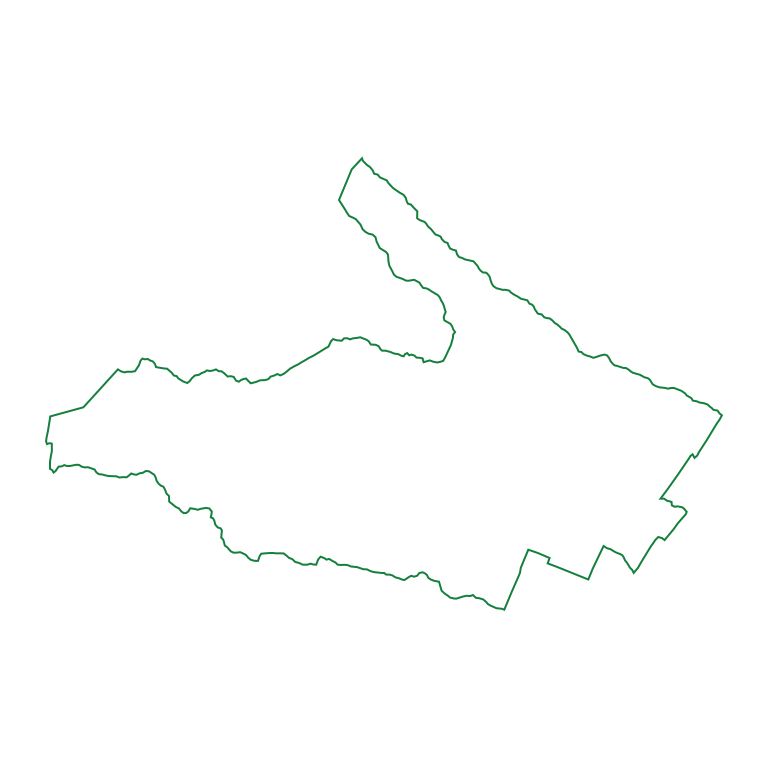 Githunguri, Central, Kenya
{"feature_id": "3690345B4833769757076", "entity_name": "Githunguri", "entity_type": "district", "adm_level": 2, "iso_a3": "KEN", "parent_name": "Kenya", "parent_adm1": "Central", "projection": "albers", "projection_center": [36.787, -1.05], "detail": "fine", "context": "isolated", "style": "outline", "palette": "green", "viewbox_px": 768, "rotation_deg": 0, "n_neighbors": 0, "source": "geoboundaries", "source_scale": "gbopen_adm2", "svg_char_len": 6100}
<svg xmlns="http://www.w3.org/2000/svg" viewBox="0 0 768 768"><path d="M351.7,169.4L339.0,200.0L344.8,209.1L346.8,212.5L349.2,216.0L352.4,217.4L355.8,219.1L360.5,224.6L362.6,229.2L365.3,231.8L368.6,233.7L372.6,234.6L375.5,237.2L376.6,241.6L379.7,248.0L386.2,252.1L388.0,254.7L388.5,261.8L389.4,265.8L392.3,271.2L393.9,274.6L396.5,276.8L403.1,279.1L405.6,280.5L408.2,280.8L414.2,279.8L419.4,282.6L421.1,285.3L423.1,287.9L426.5,288.4L428.7,289.4L431.4,291.3L437.9,295.1L439.8,297.5L441.1,300.4L442.6,302.8L443.9,305.8L444.9,309.6L445.7,312.0L444.3,315.1L443.7,317.4L444.4,320.4L450.4,323.8L452.0,326.1L453.3,329.5L455.1,332.1L453.2,334.4L452.9,337.8L451.0,344.8L445.6,356.5L443.2,360.9L440.7,361.7L437.3,362.5L433.2,361.7L429.8,360.4L423.6,362.2L422.6,358.4L419.7,357.8L416.5,357.6L414.5,355.6L411.5,354.6L409.2,355.3L407.2,353.1L404.9,354.2L403.7,356.3L401.5,355.8L398.4,354.2L394.0,353.5L390.4,352.0L385.7,350.7L382.2,350.7L380.4,349.1L378.7,346.2L375.7,344.8L370.8,344.5L368.7,341.3L366.8,339.9L360.3,337.3L356.3,338.0L352.7,338.4L350.1,339.4L347.1,338.2L344.0,338.4L341.8,340.7L336.9,340.3L333.1,339.1L331.0,341.2L328.5,346.6L325.5,348.3L313.6,355.6L308.8,358.0L303.7,361.1L301.3,362.4L298.3,364.3L294.4,366.2L290.0,368.7L287.4,371.0L283.5,374.0L280.2,375.4L277.4,374.0L274.1,375.6L270.6,376.6L268.5,379.0L265.3,380.1L260.2,380.3L256.0,382.0L250.7,383.3L245.9,378.5L243.3,379.1L240.9,380.1L238.8,381.7L236.0,380.6L233.7,376.9L230.7,376.2L227.6,376.5L224.4,373.4L221.5,371.3L218.7,371.2L216.0,369.4L212.9,370.5L209.9,371.0L206.9,370.4L204.6,372.0L201.5,373.1L199.2,374.7L194.7,375.6L191.8,378.3L189.7,381.1L187.3,383.0L183.2,381.5L178.4,378.5L176.6,376.1L173.8,375.5L171.9,372.9L167.1,368.7L163.6,368.4L156.0,367.1L155.0,364.0L152.8,361.4L150.2,360.5L147.7,359.0L144.8,359.3L142.4,358.6L140.6,360.6L138.9,365.4L135.0,371.2L131.3,371.8L127.1,371.7L124.7,372.4L121.1,371.4L117.9,369.4L83.4,407.3L50.3,416.4L47.9,431.3L46.5,437.9L46.1,441.3L47.0,444.1L49.3,443.2L51.8,443.6L51.9,450.7L50.0,461.4L50.0,468.8L52.4,470.3L53.6,472.6L55.6,471.0L58.6,466.6L61.6,466.4L64.3,465.1L66.9,466.0L69.9,466.0L76.1,464.8L79.1,464.9L81.5,466.6L84.7,467.4L88.0,467.2L94.6,469.5L96.2,472.1L98.6,474.1L102.2,474.5L107.2,475.8L109.5,476.1L116.3,476.3L119.4,477.5L123.2,477.1L126.6,477.3L129.0,475.5L131.2,473.5L133.5,474.3L136.4,474.8L139.6,473.3L142.8,472.8L145.8,471.0L149.0,471.3L154.3,474.8L155.8,477.9L156.7,481.0L158.7,483.8L160.8,485.6L163.4,486.7L165.0,489.6L166.5,493.6L169.0,496.0L169.2,501.6L176.0,507.1L178.8,508.3L181.3,511.4L183.7,513.1L186.2,513.0L188.3,511.5L190.2,508.3L194.5,508.9L197.9,509.8L200.3,508.9L205.9,507.9L209.4,508.5L211.8,511.6L211.4,514.7L210.8,517.4L213.0,518.3L214.2,520.4L215.3,524.6L217.7,527.4L220.7,528.4L221.9,530.5L221.2,537.6L223.2,539.6L224.0,542.2L224.8,545.5L227.5,547.5L229.2,549.6L230.9,551.4L233.6,552.7L237.1,552.6L240.2,552.2L242.7,553.3L245.9,554.9L248.4,557.9L250.9,559.8L254.3,560.8L258.0,560.9L259.8,555.8L261.3,553.7L265.7,553.3L270.6,553.0L273.1,553.0L275.6,553.3L283.6,553.4L286.4,555.5L288.9,557.8L292.4,559.2L295.3,562.0L298.9,562.9L302.8,564.7L307.2,564.7L310.6,563.7L313.0,564.4L316.2,564.7L318.2,559.4L320.6,556.7L324.2,558.1L326.5,559.6L329.1,558.9L332.7,561.1L335.5,562.5L337.5,564.6L341.0,565.0L344.4,564.8L347.6,565.1L351.0,566.5L357.1,567.1L363.2,569.2L367.1,569.4L370.4,571.1L373.9,572.1L382.0,573.0L384.3,573.0L386.2,574.6L389.4,574.6L392.4,575.4L395.5,577.4L399.1,578.3L402.1,579.6L404.5,580.0L408.8,577.1L411.2,575.8L414.1,576.7L417.2,575.7L419.3,573.0L422.5,572.3L424.9,573.3L426.9,574.9L428.2,577.7L430.7,579.5L434.4,580.9L439.0,581.7L441.6,590.7L444.6,593.5L448.0,595.8L450.0,597.5L453.0,598.3L456.0,598.7L460.0,597.5L462.7,596.6L466.4,595.8L470.3,596.0L472.9,595.0L475.9,597.8L479.5,598.3L483.2,599.4L486.1,601.9L488.0,604.1L490.3,605.5L496.4,608.2L502.0,608.8L504.3,609.7L512.2,590.7L519.0,575.3L520.0,572.7L520.8,567.8L528.3,549.7L538.1,553.1L549.6,558.0L547.7,563.4L557.0,566.9L588.3,579.5L592.8,568.5L603.6,546.0L606.8,548.1L610.8,549.3L613.5,551.1L615.5,552.2L617.8,553.2L620.0,554.0L622.3,555.2L623.7,557.3L625.0,560.3L626.8,562.5L628.5,565.2L629.8,567.5L632.3,570.1L633.7,572.9L638.0,567.8L641.3,562.0L651.2,545.8L653.5,542.8L655.2,540.1L658.2,537.0L662.0,538.1L664.6,540.1L674.0,528.7L677.9,523.2L685.9,514.1L686.7,511.8L683.9,508.5L681.9,507.2L677.4,506.3L674.7,506.8L671.9,505.4L671.5,501.9L667.0,500.7L664.1,498.7L660.5,498.7L667.8,488.9L678.3,474.1L688.9,458.5L690.6,455.8L692.6,454.3L694.5,457.9L697.3,455.5L698.7,452.5L706.2,441.0L716.7,423.7L719.7,419.4L721.9,415.3L719.6,413.5L717.6,410.6L713.4,409.8L711.7,408.0L709.8,406.6L707.6,404.5L703.9,403.2L699.5,402.5L696.8,401.3L692.8,400.6L691.3,398.1L686.8,395.5L685.0,393.3L681.4,390.8L674.0,388.0L671.0,388.0L668.0,388.7L664.9,387.9L659.7,387.4L655.8,386.1L652.7,384.3L649.8,379.7L647.7,378.1L644.7,377.4L640.0,374.8L633.0,372.8L630.7,371.4L628.9,369.8L626.0,368.0L623.2,367.9L617.1,365.9L614.4,365.3L612.5,363.5L610.8,361.5L609.1,358.1L607.2,355.5L604.8,354.6L602.5,355.0L599.2,355.9L596.8,356.8L593.3,357.8L589.9,356.4L586.8,355.6L583.4,354.1L581.5,352.1L578.6,351.5L577.0,347.8L569.4,334.6L567.7,332.5L564.7,330.1L561.6,328.6L559.7,326.6L557.1,324.4L554.6,322.9L552.6,320.6L549.6,318.4L547.0,318.1L544.2,317.3L541.7,314.4L537.9,313.7L534.7,309.1L533.9,306.7L532.2,304.7L529.5,303.7L527.3,300.3L520.9,298.7L517.6,296.5L514.0,294.6L510.8,292.4L509.2,290.6L505.6,289.8L502.5,289.8L496.4,288.2L493.4,286.1L491.9,283.8L490.8,281.0L489.6,276.6L488.1,274.6L486.3,272.7L483.0,272.5L480.6,270.7L478.9,268.5L477.6,266.0L473.5,261.3L464.9,259.4L462.4,258.1L459.0,257.0L457.1,254.4L455.9,250.5L452.8,249.7L450.1,248.5L448.5,245.5L447.6,243.0L444.5,241.9L441.9,239.2L440.6,236.6L438.2,235.4L435.4,234.5L431.0,229.1L428.1,226.6L426.3,223.8L424.6,221.9L419.7,220.1L417.1,218.2L417.3,211.3L414.3,208.3L410.9,204.5L408.0,203.8L406.8,201.6L405.7,197.7L403.5,194.8L399.6,192.6L394.5,189.1L392.6,187.6L388.4,183.1L386.8,180.4L380.0,177.4L377.7,174.6L374.1,173.7L372.9,170.7L371.3,168.6L369.7,166.8L367.0,165.0L362.9,160.8L362.0,158.3L351.7,169.4Z" fill="none" stroke="#15803d" stroke-width="2"/></svg>